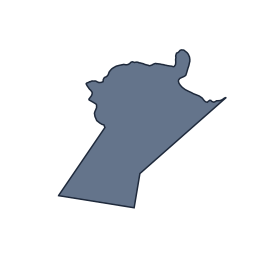 Thomazo/Tournesse, Dennery, Saint Lucia, rotated 37°
{"feature_id": "8701671B52938625502385", "entity_name": "Thomazo/Tournesse", "entity_type": "district", "adm_level": 2, "iso_a3": "LCA", "parent_name": "Saint Lucia", "parent_adm1": "Dennery", "projection": "mercator", "projection_center": [-60.947, 13.919], "detail": "fine", "context": "isolated", "style": "filled", "palette": "slate", "viewbox_px": 256, "rotation_deg": 37, "n_neighbors": 0, "source": "geoboundaries", "source_scale": "gbopen_adm2", "svg_char_len": 4912}
<svg xmlns="http://www.w3.org/2000/svg" viewBox="0 0 256 256"><g transform="rotate(37 128 128)"><path d="M81.6,85.4L81.4,85.8L81.2,86.2L81.0,86.4L80.9,86.8L80.8,87.0L80.7,87.3L80.5,87.7L80.4,87.9L80.4,88.1L80.2,88.4L80.1,88.6L80.1,88.8L79.9,89.1L79.8,89.4L79.8,89.5L79.6,90.1L79.4,90.8L79.4,91.1L79.4,91.3L79.4,91.5L79.3,91.8L79.3,92.0L79.2,94.2L79.3,94.4L79.3,94.7L79.3,94.9L79.5,95.2L79.5,95.4L79.5,95.6L79.6,95.9L79.9,96.5L79.9,96.8L80.0,97.0L80.1,97.4L80.1,98.3L80.1,98.7L80.1,98.9L80.0,99.2L80.0,99.4L79.9,99.7L79.9,99.8L79.7,100.1L79.7,100.3L79.6,100.6L79.4,100.9L79.2,101.1L79.1,101.3L79.0,101.5L78.9,101.7L78.8,101.9L78.8,102.1L78.8,102.5L78.9,103.0L78.9,103.3L79.0,103.7L79.1,104.0L79.2,104.4L79.3,104.6L79.5,104.8L79.7,105.1L79.8,105.2L79.9,105.5L80.0,105.6L80.2,106.0L79.9,106.5L79.5,107.1L79.4,107.4L79.3,107.6L79.0,107.9L78.9,108.0L78.7,108.1L78.3,108.5L78.1,108.7L77.9,108.8L77.6,109.0L77.4,109.2L77.3,109.3L77.0,109.3L76.6,109.4L76.4,109.5L76.2,109.5L75.9,109.7L75.7,109.7L75.4,109.7L75.2,109.7L74.8,109.8L74.5,109.8L74.2,109.9L73.8,110.0L73.6,110.2L73.2,110.5L72.8,110.8L72.3,111.2L72.2,111.3L71.9,111.5L71.5,111.7L71.4,111.9L71.2,112.0L70.8,112.3L70.7,112.5L70.5,112.8L70.4,113.1L70.3,113.3L70.1,113.6L70.0,113.8L69.8,113.8L69.6,114.1L69.4,114.3L69.3,114.7L69.2,114.9L69.1,115.1L69.0,115.4L68.7,115.8L68.7,116.0L68.4,116.3L68.1,116.6L68.1,116.8L68.0,117.2L67.9,117.5L68.0,117.9L68.2,118.0L68.5,118.2L68.7,118.3L68.9,118.4L69.1,118.4L69.3,118.6L69.9,118.8L70.1,118.9L70.3,119.0L70.5,119.0L70.8,119.2L71.0,119.2L71.2,119.3L71.6,119.4L71.9,119.5L72.3,119.6L72.7,119.8L73.4,120.0L73.5,120.0L73.8,120.1L74.0,120.2L75.0,120.2L75.3,120.3L75.5,120.3L75.8,120.4L76.1,120.5L76.6,120.6L76.8,120.7L77.2,120.9L77.4,120.9L77.7,121.0L77.8,121.1L78.1,121.3L78.3,121.4L78.5,121.7L78.6,122.0L78.9,122.6L79.0,122.9L79.1,123.1L79.2,123.4L79.2,123.5L79.3,123.8L79.4,124.4L79.4,124.7L79.4,126.0L79.4,126.6L79.4,128.2L79.4,128.5L80.1,129.0L84.8,128.4L87.9,128.1L89.0,128.5L90.7,130.7L91.7,134.8L92.3,136.4L94.7,138.7L98.6,140.9L102.4,141.0L105.2,140.7L106.8,140.0L109.3,141.5L113.2,223.6L113.3,223.8L180.9,188.0L164.9,157.2L176.7,99.7L188.1,44.4L187.7,45.1L187.0,46.0L186.5,47.8L185.8,49.5L184.6,51.1L182.3,53.0L181.7,54.6L181.0,55.7L179.8,56.1L178.7,56.4L177.5,56.1L176.6,56.7L176.0,58.5L175.9,59.7L174.7,60.2L174.0,60.4L172.5,60.3L170.3,59.7L169.0,59.4L165.5,59.6L162.6,60.4L159.4,61.3L157.7,61.5L153.9,62.3L150.6,62.9L146.8,62.9L144.1,62.4L141.8,61.6L140.2,60.4L139.5,59.3L139.5,57.3L140.3,55.7L141.6,53.4L142.1,52.3L142.4,51.0L141.4,48.1L139.9,44.2L139.1,41.7L137.5,38.2L137.4,37.8L136.2,36.1L134.4,34.3L131.7,32.8L129.8,32.3L125.7,32.2L123.6,33.5L122.9,34.6L122.7,36.9L122.4,37.9L121.7,39.0L122.3,40.8L122.8,41.9L123.7,42.7L124.9,44.8L126.1,46.2L126.8,47.1L127.8,48.8L127.9,51.0L127.4,51.7L125.2,52.6L124.5,53.1L121.4,54.7L120.6,55.0L120.4,55.1L120.1,55.3L119.9,55.4L119.7,55.5L119.3,55.7L119.2,55.7L119.0,55.8L118.8,55.8L118.7,55.9L118.5,56.0L118.3,56.1L118.1,56.1L117.9,56.2L117.7,56.3L117.4,56.5L117.2,56.6L117.0,56.8L116.7,56.9L116.6,57.0L116.3,57.1L116.1,57.2L115.9,57.3L115.7,57.4L115.5,57.5L115.3,57.5L115.1,57.6L114.9,57.7L114.8,57.8L114.6,57.9L114.5,58.0L114.3,58.1L114.2,58.2L114.0,58.3L113.9,58.4L113.6,58.5L113.4,58.6L113.2,58.7L113.0,58.8L112.9,58.9L112.8,59.0L112.6,59.1L112.3,59.3L112.2,59.5L111.8,59.6L111.6,59.6L111.3,59.8L111.2,59.9L111.1,60.0L110.9,60.1L110.7,60.4L110.6,60.6L110.4,60.8L110.2,61.2L110.1,61.3L109.9,61.7L109.8,61.8L109.7,62.1L109.6,62.3L109.5,62.5L109.4,62.9L109.3,63.0L109.2,63.2L109.1,63.4L109.0,63.6L108.9,63.8L108.8,64.0L108.6,64.1L108.5,64.3L108.4,64.5L108.2,64.8L108.0,65.0L107.9,65.1L107.7,65.3L107.4,65.5L107.2,65.6L106.8,65.6L106.7,65.7L106.3,65.8L106.1,65.9L105.9,65.9L105.7,66.0L105.4,66.2L105.2,66.3L104.9,66.4L104.7,66.5L104.4,66.6L104.1,66.7L104.0,66.8L103.8,66.9L103.6,66.9L103.4,67.0L103.2,67.1L102.8,67.2L102.7,67.2L102.6,67.3L102.3,67.3L102.1,67.3L101.7,67.4L101.6,67.5L101.4,67.5L101.2,67.6L100.8,67.8L100.7,67.8L100.4,68.0L100.2,68.0L99.8,68.2L99.6,68.3L99.4,68.4L99.2,68.4L98.9,68.5L98.6,68.7L98.5,68.8L98.2,68.9L98.1,69.0L97.9,69.1L97.7,69.2L97.5,69.3L97.3,69.3L97.1,69.4L96.9,69.4L96.7,69.4L96.5,69.5L96.2,69.6L95.9,69.8L95.7,69.9L95.5,70.0L95.4,70.1L95.1,70.3L95.0,70.5L94.8,70.6L94.7,70.7L94.4,71.0L94.2,71.2L94.1,71.3L93.9,71.5L93.7,71.8L92.7,72.1L91.6,72.5L91.1,73.2L90.8,73.7L90.7,74.1L90.7,74.6L90.6,74.9L90.6,75.1L90.6,75.3L90.5,75.6L90.4,75.9L90.2,76.4L90.1,76.6L90.1,76.8L89.9,76.9L89.9,77.1L89.8,77.3L89.6,77.5L89.4,77.7L89.3,77.9L89.1,78.1L88.9,78.3L88.6,78.5L88.3,78.7L88.2,78.8L87.8,79.0L87.6,79.2L87.4,79.2L87.2,79.3L86.7,79.6L86.3,79.8L86.2,80.0L85.8,80.3L85.7,80.5L85.4,80.9L85.1,81.1L85.0,81.3L84.7,81.7L84.5,82.0L84.3,82.1L84.2,82.2L84.0,82.4L83.9,82.6L83.7,82.8L83.5,83.0L83.3,83.3L83.2,83.4L83.0,83.6L82.8,83.9L82.6,84.2L82.4,84.4L82.3,84.6L82.1,84.8L81.8,85.1L81.6,85.4Z" fill="#64748b" stroke="#1e293b" stroke-width="1.5"/></g></svg>